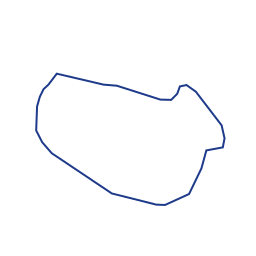 the Municipality of Horjul, rotated 208°
{"feature_id": "SVN-250", "entity_name": "Horjul", "entity_type": "Municipality", "adm_level": 1, "iso_a3": "SVN", "parent_name": "Slovenia", "parent_adm1": "", "projection": "mercator", "projection_center": [14.289, 46.02], "detail": "fine", "context": "isolated", "style": "outline", "palette": "blue", "viewbox_px": 256, "rotation_deg": 208, "n_neighbors": 0, "source": "natural_earth", "source_scale": "10m", "svg_char_len": 460}
<svg xmlns="http://www.w3.org/2000/svg" viewBox="0 0 256 256"><g transform="rotate(208 128 128)"><path d="M96.5,193.4L85.1,191.9L46.6,174.3L37.9,164.2L35.2,155.4L48.3,145.0L44.2,126.8L43.1,98.4L59.2,77.4L67.1,73.6L111.6,62.6L183.4,69.9L197.0,75.1L207.9,82.7L218.4,104.3L220.5,114.2L220.8,122.6L218.6,128.9L216.4,142.5L170.0,154.8L157.7,160.1L112.7,168.3L103.1,173.1L100.6,181.3L101.7,189.1L96.5,193.4Z" fill="none" stroke="#1e3a8a" stroke-width="2"/></g></svg>